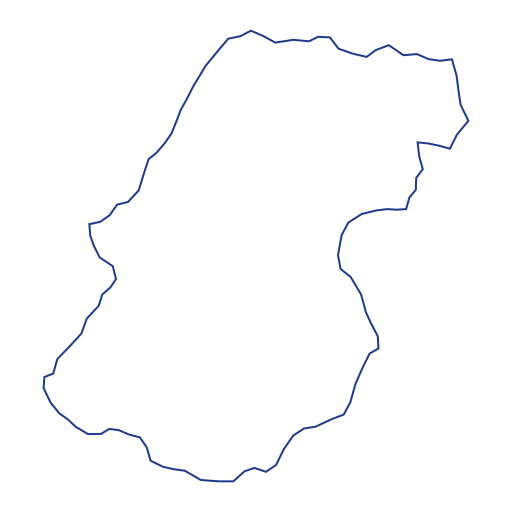 Bom Jesus dos Perdões, São Paulo, Brazil
{"feature_id": "56859067B70842642043037", "entity_name": "Bom Jesus dos Perdões", "entity_type": "district", "adm_level": 2, "iso_a3": "BRA", "parent_name": "Brazil", "parent_adm1": "São Paulo", "projection": "albers", "projection_center": [-46.478, -23.173], "detail": "fine", "context": "isolated", "style": "outline", "palette": "blue", "viewbox_px": 512, "rotation_deg": 0, "n_neighbors": 0, "source": "geoboundaries", "source_scale": "gbopen_adm2", "svg_char_len": 1452}
<svg xmlns="http://www.w3.org/2000/svg" viewBox="0 0 512 512"><path d="M150.6,460.7L163.0,466.8L173.7,469.2L184.8,470.7L200.8,480.0L218.5,481.3L233.4,481.3L244.5,471.3L254.4,467.9L266.0,471.8L276.1,465.0L283.5,449.7L293.2,435.6L304.0,428.5L315.5,426.7L332.0,419.0L343.7,414.6L350.3,402.3L355.5,383.9L362.5,367.9L369.6,353.6L378.4,348.4L377.8,336.3L370.8,322.9L366.0,312.5L361.1,294.5L350.7,277.0L340.6,269.0L338.0,255.1L341.6,235.2L348.4,222.5L361.7,214.0L376.4,210.4L387.2,209.1L396.7,209.7L406.1,209.1L409.4,197.6L415.8,189.8L416.2,177.9L422.8,169.2L419.2,156.3L417.6,142.4L428.6,143.5L439.1,145.7L449.9,148.7L457.0,134.6L468.4,120.8L460.6,104.8L458.6,91.4L456.5,75.3L451.9,59.3L440.1,60.8L428.6,59.1L416.9,54.1L403.5,55.2L388.8,45.2L375.5,50.2L366.7,56.9L352.8,53.7L338.6,48.7L329.9,37.4L318.1,36.8L309.0,41.3L293.3,39.8L275.3,42.6L263.0,35.9L250.9,30.7L240.1,36.3L228.2,38.7L217.4,51.5L205.3,66.2L200.3,74.7L193.5,85.9L186.4,99.8L180.8,109.7L176.6,120.8L171.5,133.5L164.5,143.5L156.3,153.0L148.6,159.1L144.0,173.1L138.8,190.2L128.1,201.9L117.0,204.7L109.8,215.1L100.3,221.8L89.3,224.2L90.3,235.9L94.1,246.3L99.7,257.5L112.8,266.2L116.0,279.0L110.4,287.4L102.3,294.5L98.7,305.8L86.8,318.6L81.4,333.5L69.7,346.3L57.3,359.1L53.2,373.6L44.4,377.0L43.6,388.1L50.6,402.6L59.3,413.4L68.1,419.6L75.7,426.8L88.0,434.1L101.1,433.9L109.3,428.9L119.0,430.2L129.2,434.6L139.9,437.4L146.7,447.3L150.6,460.7Z" fill="none" stroke="#1e3a8a" stroke-width="2"/></svg>